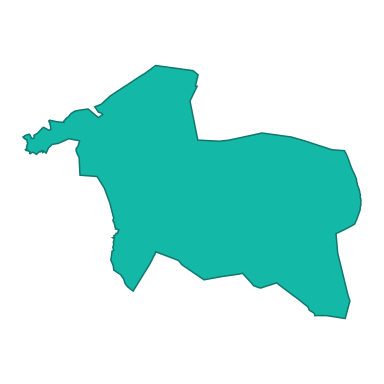 Rabah, Sokoto, Nigeria (orthographic projection)
{"feature_id": "59680162B28016750993437", "entity_name": "Rabah", "entity_type": "district", "adm_level": 2, "iso_a3": "NGA", "parent_name": "Nigeria", "parent_adm1": "Sokoto", "projection": "orthographic", "projection_center": [5.659, 13.003], "detail": "fine", "context": "isolated", "style": "filled", "palette": "teal", "viewbox_px": 384, "rotation_deg": 0, "n_neighbors": 0, "source": "geoboundaries", "source_scale": "gbopen_adm2", "svg_char_len": 2765}
<svg xmlns="http://www.w3.org/2000/svg" viewBox="0 0 384 384"><path d="M349.9,300.9L348.0,295.3L337.7,253.2L336.0,233.6L343.5,230.1L350.2,226.6L354.5,224.2L356.9,219.0L360.1,209.9L360.3,207.7L360.2,207.1L360.5,206.3L361.0,204.3L360.9,203.2L360.8,202.8L361.0,200.5L360.9,200.1L360.9,199.0L360.7,198.4L360.3,197.8L360.2,196.9L360.2,196.3L360.4,195.5L360.3,194.2L359.8,193.1L359.7,191.6L359.3,190.4L359.0,189.0L358.5,187.8L358.0,186.6L357.5,185.2L357.3,184.2L357.3,183.6L356.7,181.6L356.5,180.0L356.3,178.9L355.9,177.7L355.0,175.4L352.4,170.1L350.0,164.0L348.4,159.1L346.1,153.7L344.4,150.8L344.4,150.7L331.8,149.7L304.1,140.7L290.9,136.9L285.4,136.2L262.0,133.0L239.0,138.0L228.6,140.2L219.2,141.2L197.8,140.1L190.0,101.0L197.1,86.3L195.4,86.1L198.1,74.8L193.1,70.7L155.6,65.5L145.2,73.2L139.7,76.6L119.7,89.7L110.6,95.7L101.1,104.3L94.8,106.8L98.4,112.2L100.2,112.8L101.4,113.0L102.0,113.7L102.7,114.4L98.4,117.6L88.1,109.0L79.5,110.2L74.9,111.1L71.2,113.4L68.2,117.0L66.2,118.3L63.5,121.7L63.8,122.4L57.1,121.8L49.6,120.2L48.8,121.0L49.1,122.0L50.0,122.4L49.9,124.1L50.6,126.4L50.7,129.7L48.8,130.2L43.7,127.3L42.3,128.1L37.7,133.1L34.0,135.3L34.1,138.0L31.8,138.6L30.5,136.1L30.2,135.2L29.2,134.2L26.8,134.9L25.5,135.4L23.0,137.0L23.8,138.0L24.4,138.5L26.4,139.8L27.0,139.9L27.0,140.8L27.1,141.7L27.6,142.9L27.5,144.0L27.0,145.1L27.1,145.6L26.5,146.8L27.1,148.8L25.4,149.4L25.9,150.3L26.9,150.7L28.4,150.9L29.8,151.8L29.7,153.5L30.2,153.7L32.5,152.3L33.0,152.3L34.7,153.0L36.3,154.3L37.1,153.9L37.9,152.9L39.5,151.7L40.4,151.9L41.7,150.6L42.3,151.0L42.5,152.5L43.2,152.2L43.3,151.5L43.7,151.1L44.9,152.1L46.1,153.1L46.6,152.1L48.5,147.9L52.2,144.4L58.2,143.4L68.9,138.7L74.5,139.9L78.0,140.4L79.6,140.9L78.0,146.2L76.2,148.6L76.1,150.9L77.7,154.9L79.1,157.3L80.0,175.2L97.1,176.5L104.4,188.3L106.4,193.7L109.8,202.9L113.2,216.4L113.8,217.3L113.4,218.7L112.9,220.4L113.4,221.8L114.3,222.6L114.3,224.0L115.0,225.1L114.8,226.3L115.5,227.9L115.4,229.0L117.0,229.1L118.9,230.1L118.1,231.4L117.8,233.0L116.0,233.4L115.7,234.8L113.9,235.6L114.3,237.2L112.7,237.7L114.3,238.6L113.9,240.3L113.3,242.2L113.7,244.6L112.8,247.2L113.7,250.5L112.0,251.2L111.9,252.6L111.4,256.3L110.8,260.0L113.1,265.3L113.9,270.2L120.6,274.6L123.7,279.1L125.0,283.3L127.5,286.7L133.1,291.1L150.3,263.2L151.9,260.0L153.4,256.8L154.7,254.7L155.7,251.8L175.3,259.2L178.6,260.6L182.1,264.9L204.0,279.8L217.3,277.4L222.1,276.5L238.4,274.2L241.4,273.6L242.5,273.3L251.8,283.4L253.6,285.7L259.3,287.8L261.4,287.9L263.0,287.3L265.5,286.4L268.0,285.6L269.9,285.1L273.5,283.9L276.6,282.9L278.8,284.6L290.2,293.2L298.7,299.5L304.6,304.3L307.8,306.7L309.4,310.3L310.6,311.0L313.3,312.6L314.5,313.7L314.7,315.6L326.6,315.6L345.2,318.5L349.9,300.9Z" fill="#14b8a6" stroke="#0f766e" stroke-width="1.5"/></svg>